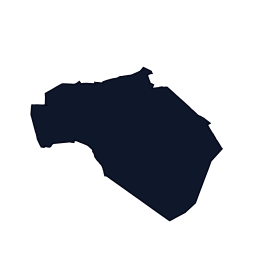 Brunssum, Limburg, Netherlands, rotated 29°
{"feature_id": "6326949B33159250264853", "entity_name": "Brunssum", "entity_type": "district", "adm_level": 2, "iso_a3": "NLD", "parent_name": "Netherlands", "parent_adm1": "Limburg", "projection": "mercator", "projection_center": [5.961, 50.944], "detail": "fine", "context": "isolated", "style": "filled", "palette": "ink", "viewbox_px": 256, "rotation_deg": 29, "n_neighbors": 0, "source": "geoboundaries", "source_scale": "gbopen_adm2", "svg_char_len": 5083}
<svg xmlns="http://www.w3.org/2000/svg" viewBox="0 0 256 256"><g transform="rotate(29 128 128)"><path d="M223.1,160.9L222.2,154.9L220.9,146.3L220.8,145.2L219.4,136.2L218.0,126.2L216.5,116.6L220.3,100.6L219.5,100.4L218.8,100.0L215.9,98.3L212.5,96.4L211.8,96.1L210.4,95.4L210.5,95.4L209.6,95.0L209.0,94.4L208.3,94.0L207.0,93.3L206.7,93.1L204.7,91.9L204.4,91.9L200.1,89.5L195.7,86.7L197.4,84.1L197.1,84.0L195.4,83.8L191.9,83.3L189.6,82.9L188.2,82.9L186.2,82.9L184.8,83.0L184.6,83.1L184.3,83.2L182.9,83.1L182.9,83.3L182.0,82.9L176.6,81.5L173.9,81.0L171.7,80.3L170.5,80.0L167.0,79.2L165.8,78.9L165.4,78.8L164.6,78.6L164.2,78.5L163.7,78.4L163.0,78.2L162.7,78.2L161.6,77.9L161.0,77.8L160.3,77.6L159.9,77.6L155.9,76.6L154.7,76.4L150.3,75.3L142.4,73.5L138.0,76.2L137.7,75.8L136.7,76.7L136.0,77.2L135.5,78.0L134.1,78.8L133.6,79.2L132.5,80.1L132.3,80.2L132.0,80.4L131.7,80.6L131.0,81.1L130.8,81.2L130.3,81.3L129.6,81.4L129.3,77.9L125.8,78.2L122.2,75.2L120.6,73.7L119.1,72.4L119.6,71.7L119.8,71.4L120.2,70.6L121.3,69.3L121.4,69.2L122.4,68.6L122.1,68.4L120.9,67.4L120.7,67.3L119.1,67.3L117.9,67.4L112.2,67.7L112.1,68.2L111.8,70.0L111.4,71.9L111.3,72.2L111.3,72.3L111.1,72.7L110.8,73.2L110.6,73.4L110.3,73.9L110.0,74.3L109.6,74.8L109.4,75.1L109.0,75.6L108.8,75.9L105.9,79.6L105.6,80.0L105.4,80.2L105.0,80.6L99.5,84.7L98.5,85.5L98.0,86.0L97.9,86.0L97.7,86.2L97.3,86.4L97.0,86.6L96.4,86.9L96.3,87.0L95.8,87.7L95.3,88.5L95.2,88.7L94.7,89.3L94.6,89.5L94.3,89.9L94.0,90.1L93.7,90.4L93.1,90.9L92.1,91.7L91.6,92.0L90.9,92.6L90.6,92.9L90.5,93.0L89.7,93.7L89.7,93.8L89.1,94.4L89.0,94.5L88.5,94.9L88.0,95.4L87.4,96.0L86.9,96.5L86.4,97.0L85.8,97.7L85.4,98.1L84.8,98.8L84.4,99.3L84.2,99.5L83.8,100.1L84.2,101.1L83.8,101.3L83.6,101.4L83.1,101.6L82.9,101.6L82.4,101.9L79.6,103.1L77.8,104.0L77.5,104.1L77.3,104.1L77.0,104.2L77.4,104.8L77.5,105.1L77.6,105.3L77.7,105.5L76.2,106.3L75.5,106.7L74.9,106.9L74.4,107.2L74.1,107.3L73.7,107.5L73.3,107.7L72.9,107.9L72.1,108.3L71.5,108.6L71.0,108.8L70.8,108.9L70.3,109.2L69.1,109.8L68.7,110.1L68.0,110.5L67.9,110.5L67.7,110.7L65.4,112.3L64.2,111.7L62.9,111.1L62.4,112.2L62.2,112.8L61.7,113.8L61.1,114.7L60.5,115.4L60.0,115.9L59.1,116.5L56.8,117.5L53.4,119.3L53.4,119.2L52.6,119.6L50.1,120.9L49.8,121.1L49.3,121.4L48.9,121.8L48.2,122.9L45.9,126.6L42.4,132.6L40.4,135.7L39.5,137.3L39.1,137.8L40.1,139.4L40.1,139.5L41.1,140.9L41.4,141.5L43.3,145.2L44.0,146.5L44.3,147.1L44.3,147.3L45.5,147.7L44.4,148.3L42.8,149.2L41.8,149.8L40.6,150.4L39.0,151.2L38.6,151.4L36.3,152.6L35.5,153.1L34.5,153.8L33.4,154.2L33.2,154.3L32.9,154.5L33.2,155.4L33.4,155.7L33.7,156.3L33.8,156.5L33.7,156.6L33.8,156.7L33.9,156.9L34.2,157.6L35.6,160.6L36.4,162.4L36.4,162.5L36.6,162.8L36.9,163.1L36.9,163.3L37.1,163.5L37.4,163.8L37.6,164.1L37.9,164.3L38.3,164.7L38.7,165.1L39.0,165.5L39.3,165.7L39.5,166.0L39.8,166.2L39.9,166.4L40.0,166.5L40.3,166.8L40.8,167.3L41.0,167.5L41.3,167.9L41.5,168.1L41.9,168.5L42.0,168.5L42.3,168.9L42.5,169.1L42.9,169.5L43.1,169.7L43.1,169.8L43.5,170.1L43.6,170.3L43.8,170.5L44.6,171.3L44.9,171.6L45.2,172.0L45.4,172.2L45.6,172.3L45.8,172.5L46.0,172.8L46.2,173.0L46.3,173.1L46.6,173.4L46.8,173.6L47.4,174.2L48.0,174.8L48.5,175.4L48.9,175.8L49.0,175.9L49.2,176.1L49.8,176.6L50.4,177.1L52.6,179.5L53.3,180.5L54.6,181.8L54.7,181.7L55.1,182.1L55.6,182.5L56.0,182.8L56.3,183.0L56.5,183.2L57.5,183.9L58.6,184.7L59.8,185.5L60.1,185.6L60.4,185.8L60.8,186.1L61.0,186.3L61.3,186.5L63.9,185.5L63.6,184.8L63.5,184.6L64.3,184.3L65.0,184.0L65.6,183.7L66.0,183.6L68.5,182.7L68.9,182.2L68.9,181.4L69.2,181.3L69.2,180.7L69.2,180.2L69.3,179.7L69.4,179.1L69.5,178.8L69.6,178.5L69.7,178.2L69.8,178.0L69.9,177.9L70.1,177.6L70.7,177.1L71.9,176.3L72.8,175.7L78.4,171.8L80.9,170.1L83.4,168.4L84.4,167.9L85.6,167.6L87.5,166.8L87.1,165.3L87.2,164.8L88.2,164.2L88.9,164.0L88.9,163.8L90.3,163.7L93.0,163.4L95.8,163.0L98.3,162.7L99.5,162.6L101.0,162.5L101.7,162.6L102.1,162.6L102.4,162.7L106.2,163.6L107.1,163.8L107.5,163.9L107.9,163.9L108.0,163.9L108.2,164.8L108.4,165.2L108.5,165.4L108.9,165.6L109.2,165.8L110.8,166.7L111.2,167.0L111.6,167.4L111.9,167.8L112.1,168.1L112.6,168.6L112.9,168.9L113.3,169.3L113.5,169.4L113.7,169.5L114.0,169.6L114.5,169.8L114.8,170.0L115.9,170.5L117.1,171.1L117.7,171.2L118.3,171.4L118.7,171.5L118.9,171.5L119.9,172.0L120.0,172.1L120.5,172.3L120.9,172.4L121.0,172.5L121.5,172.6L122.0,172.8L123.1,173.2L123.2,173.3L123.4,173.4L123.5,173.4L123.7,173.6L124.1,173.9L124.6,174.3L125.3,174.8L126.2,175.7L126.5,176.0L126.7,176.3L127.7,177.2L128.6,178.0L128.6,178.3L129.4,179.2L130.0,179.8L130.5,180.3L130.8,180.6L130.9,180.8L131.7,180.5L132.2,180.3L132.5,180.1L133.3,180.2L135.2,180.4L136.0,180.5L137.3,180.7L141.3,181.1L142.3,181.2L144.6,181.5L149.4,182.0L151.1,182.2L159.0,183.1L160.5,183.3L166.9,184.0L170.8,184.4L178.4,185.3L186.4,186.2L189.5,186.6L190.9,186.7L192.4,186.9L194.1,187.1L195.9,187.3L197.8,187.5L200.4,187.8L202.7,188.0L206.1,188.4L207.0,188.5L209.3,188.7L209.9,187.9L210.3,187.1L211.0,186.2L212.1,184.3L218.8,174.0L219.0,173.3L219.8,170.8L220.6,168.5L221.7,165.2L222.4,163.0L222.9,161.5L223.1,160.9Z" fill="#0f172a" stroke="#020617" stroke-width="1.5"/></g></svg>